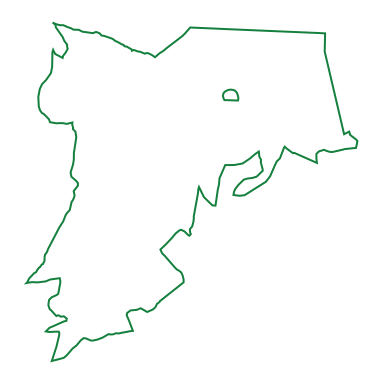 Isangi, Orientale, Democratic Republic of the Congo
{"feature_id": "63176286B30130216174864", "entity_name": "Isangi", "entity_type": "district", "adm_level": 2, "iso_a3": "COD", "parent_name": "Democratic Republic of the Congo", "parent_adm1": "Orientale", "projection": "mercator", "projection_center": [24.08, 0.36], "detail": "fine", "context": "isolated", "style": "outline", "palette": "green", "viewbox_px": 384, "rotation_deg": 0, "n_neighbors": 0, "source": "geoboundaries", "source_scale": "gbopen_adm2", "svg_char_len": 4441}
<svg xmlns="http://www.w3.org/2000/svg" viewBox="0 0 384 384"><path d="M190.2,27.5L185.0,33.5L182.3,36.1L180.4,37.5L178.7,38.9L173.3,43.0L166.9,47.9L163.1,51.1L160.6,52.6L158.9,53.8L158.4,54.3L155.0,57.2L153.2,55.9L151.8,55.0L150.1,54.1L148.2,53.2L147.9,53.2L146.5,53.0L145.2,53.6L144.9,53.7L141.0,52.1L140.0,51.7L138.3,51.6L134.5,50.2L133.8,50.0L133.0,50.3L132.0,50.8L131.8,50.1L131.6,49.4L127.9,47.3L126.8,46.6L125.0,46.4L123.6,45.4L123.6,45.2L123.4,44.8L122.4,44.6L119.5,43.0L117.3,41.8L115.3,41.0L113.3,39.3L111.3,38.3L107.3,37.0L104.1,35.9L101.5,35.5L99.5,33.2L97.8,32.6L96.3,32.0L95.6,32.1L95.3,32.1L95.0,32.3L93.8,32.9L92.4,33.1L84.9,32.0L82.4,31.7L78.8,29.8L75.4,29.7L73.5,29.7L72.8,29.3L71.0,28.2L68.1,27.3L63.3,25.2L62.0,25.2L60.1,25.2L56.8,24.4L53.5,23.0L53.4,23.3L55.5,24.5L55.6,25.7L55.7,26.5L55.8,27.3L62.7,37.1L64.3,40.9L67.1,44.6L67.1,44.8L67.0,46.0L67.7,48.9L65.2,53.3L64.5,54.1L63.1,55.8L63.0,56.4L62.9,56.6L62.6,57.9L56.4,54.6L55.2,54.0L53.1,49.9L52.4,52.4L52.3,59.2L52.1,67.2L51.2,71.6L50.8,73.3L46.0,80.1L42.1,84.1L39.8,89.0L39.2,92.2L38.3,96.9L38.8,106.5L40.0,110.2L40.8,111.4L41.9,113.0L43.8,114.0L44.8,115.0L49.0,119.3L50.0,122.2L53.6,122.8L56.7,123.3L59.9,123.1L62.6,123.1L66.8,123.9L72.4,122.5L72.3,124.1L72.2,124.4L72.4,125.2L72.6,126.0L73.1,127.7L73.0,128.1L73.0,128.3L72.9,129.0L75.4,131.6L76.3,137.2L73.9,153.0L73.8,159.7L73.0,164.7L70.6,172.4L71.4,176.7L72.9,178.0L75.9,180.6L77.9,183.0L77.9,185.7L73.7,191.1L74.6,195.4L74.3,196.5L73.3,199.4L71.6,202.0L69.7,210.2L69.2,210.7L68.7,211.2L67.0,213.0L66.5,213.8L66.4,214.0L65.7,215.0L63.2,221.4L59.0,228.0L56.9,232.1L48.7,247.8L47.8,249.5L47.5,250.8L46.6,252.6L45.0,254.7L44.6,257.0L44.5,260.6L44.4,261.4L43.5,262.7L43.1,263.9L42.6,264.2L41.7,264.6L40.9,265.8L40.8,266.0L40.1,267.0L39.5,267.2L37.3,269.9L36.2,272.0L34.9,272.8L34.2,273.1L29.2,278.4L27.2,282.4L26.9,282.7L26.6,283.0L32.0,282.1L37.4,282.4L45.7,281.4L50.2,279.5L59.7,278.2L60.3,280.7L60.3,282.7L59.7,285.8L59.0,289.9L58.2,293.9L56.5,295.1L51.7,297.3L49.2,299.7L48.6,302.8L48.4,305.4L48.5,305.7L49.7,309.1L51.5,310.7L56.3,316.0L57.2,315.6L57.5,315.5L57.8,315.4L58.8,315.4L60.8,316.7L63.8,316.3L66.8,318.6L66.3,320.9L64.0,321.4L49.5,327.8L45.9,331.4L49.0,332.0L54.7,331.7L58.8,331.7L59.3,333.0L59.1,335.6L56.4,346.9L51.8,361.0L63.6,357.9L64.7,357.1L66.6,355.5L72.8,348.3L76.3,345.7L81.0,340.1L83.7,338.1L84.5,338.2L85.9,338.4L88.7,339.6L90.7,340.5L92.6,340.6L97.1,339.7L102.6,337.6L108.6,334.1L110.6,334.5L110.9,334.5L112.3,334.4L112.5,334.4L112.8,334.4L116.3,333.2L117.6,333.4L118.6,333.5L121.1,332.9L127.0,331.8L129.4,331.3L132.9,330.9L129.0,320.6L126.7,315.3L127.1,313.0L130.6,310.4L136.5,309.9L140.8,308.3L147.2,312.0L152.4,309.7L153.9,308.6L154.3,308.3L155.6,306.9L156.5,304.9L156.8,304.4L157.0,303.9L157.3,303.6L157.5,303.5L158.3,302.9L159.7,301.8L159.9,301.1L161.1,300.2L180.9,284.5L183.6,282.4L183.6,279.4L182.6,275.4L181.3,272.5L179.0,270.7L176.7,269.4L174.9,267.5L174.1,266.6L164.8,255.9L162.1,253.3L160.4,249.5L166.0,244.2L172.1,237.7L173.2,236.4L175.6,233.5L179.4,230.4L181.1,229.8L184.5,231.4L187.9,234.8L189.4,235.7L190.8,234.1L190.1,232.4L189.9,230.3L189.9,230.2L189.9,229.9L190.1,228.9L191.9,226.8L192.2,226.4L193.6,221.0L193.6,219.7L193.9,218.1L193.7,216.8L197.9,193.7L198.4,189.1L199.0,187.0L204.0,197.2L212.4,205.4L215.5,205.6L217.8,189.6L218.7,185.6L219.0,184.4L219.5,178.3L225.2,165.1L234.3,165.0L242.6,163.5L250.1,158.4L254.5,154.6L258.8,151.5L258.9,151.8L259.3,156.6L259.9,157.6L260.1,158.0L261.0,159.6L260.9,161.1L260.9,161.5L260.8,162.4L262.6,169.1L262.7,170.8L256.7,176.6L252.3,178.0L247.7,178.5L243.9,179.6L238.4,184.9L235.2,189.1L234.0,191.8L233.5,195.0L239.6,195.8L244.4,195.2L244.6,195.2L266.0,181.7L266.8,180.6L270.1,176.3L275.0,165.1L276.8,161.4L279.9,158.4L284.0,147.8L284.8,146.7L286.6,148.5L293.0,153.2L293.6,153.0L293.7,152.9L294.1,152.8L316.9,162.9L316.4,158.4L316.4,153.9L318.9,151.4L324.1,149.8L326.3,150.8L329.9,151.9L332.5,152.0L343.0,149.6L344.4,149.1L356.0,147.9L356.7,144.8L357.4,141.1L356.1,139.5L350.1,134.9L349.2,131.6L344.1,134.2L338.9,112.0L338.0,108.1L333.0,86.9L324.7,51.6L325.1,33.5L325.1,33.3L323.6,33.3L318.3,33.0L273.1,31.1L238.4,29.6L228.6,29.2L215.6,28.6L190.2,27.5ZM224.3,99.9L223.6,98.5L222.9,95.9L223.5,93.3L224.6,91.9L226.9,90.5L228.9,89.8L230.7,89.6L233.5,90.0L234.9,90.7L236.2,91.9L237.0,93.1L237.7,95.0L238.3,97.3L238.3,99.4L238.0,100.5L236.8,100.5L226.0,100.1L224.5,100.1L224.3,99.9Z" fill="none" stroke="#15803d" stroke-width="2"/></svg>